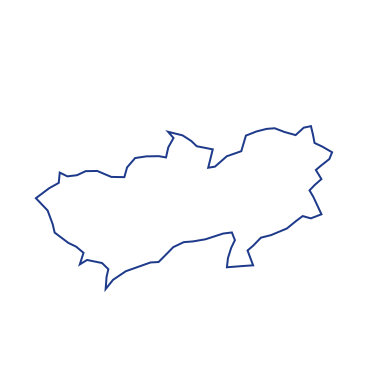 Pano Koutrafas, Nicosia, Cyprus (orthographic projection), rotated 224°
{"feature_id": "46923920B67363917084525", "entity_name": "Pano Koutrafas", "entity_type": "district", "adm_level": 2, "iso_a3": "CYP", "parent_name": "Cyprus", "parent_adm1": "Nicosia", "projection": "orthographic", "projection_center": [32.965, 35.092], "detail": "fine", "context": "isolated", "style": "outline", "palette": "blue", "viewbox_px": 384, "rotation_deg": 224, "n_neighbors": 0, "source": "geoboundaries", "source_scale": "gbopen_adm2", "svg_char_len": 1163}
<svg xmlns="http://www.w3.org/2000/svg" viewBox="0 0 384 384"><g transform="rotate(224 192 192)"><path d="M300.0,79.1L283.0,78.4L270.1,72.2L262.6,67.4L245.5,69.5L237.4,72.2L227.8,72.9L222.4,62.0L220.3,70.2L207.4,78.4L198.6,78.4L194.5,71.6L186.7,62.2L187.8,74.0L184.6,89.0L172.9,112.5L167.4,118.4L167.2,131.8L167.2,139.3L163.1,150.2L157.0,157.1L149.5,167.3L140.7,183.8L135.2,190.6L127.7,187.2L125.0,179.0L120.2,169.4L114.6,162.1L103.9,174.2L97.1,181.7L111.4,188.5L110.7,196.1L110.7,207.0L105.2,215.9L98.4,231.7L97.0,243.3L95.7,251.5L88.2,255.6L83.4,265.9L101.1,272.7L108.6,274.8L108.6,282.3L107.9,291.2L118.2,293.9L117.5,300.8L116.1,311.1L118.8,317.9L129.7,315.2L137.9,312.4L144.7,317.2L152.2,322.0L156.3,315.9L157.0,304.9L167.2,299.4L176.8,295.3L182.2,289.2L187.7,280.3L192.4,270.0L184.9,255.6L191.8,241.9L193.1,226.2L197.2,220.7L206.7,237.1L220.4,228.2L227.9,228.2L238.1,226.2L251.0,218.7L242.8,218.0L240.1,207.7L234.7,198.8L240.8,194.7L249.7,185.8L256.5,176.9L255.8,164.6L251.0,155.7L260.5,146.8L274.8,141.3L283.0,133.1L286.4,124.2L292.5,116.7L300.6,114.1L299.9,113.2L294.2,106.0L297.4,95.4L300.0,79.1Z" fill="none" stroke="#1e3a8a" stroke-width="2"/></g></svg>